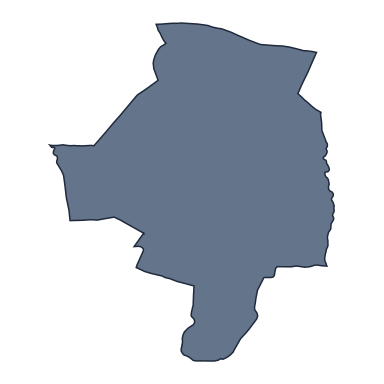 outline of Babati UrbanBabati Urban, Manyara, United Republic of Tanzania
{"feature_id": "72390352B90089128995390", "entity_name": "Babati UrbanBabati Urban", "entity_type": "district", "adm_level": 2, "iso_a3": "TZA", "parent_name": "United Republic of Tanzania", "parent_adm1": "Manyara", "projection": "albers", "projection_center": [35.755, -4.214], "detail": "fine", "context": "isolated", "style": "filled", "palette": "slate", "viewbox_px": 384, "rotation_deg": 0, "n_neighbors": 0, "source": "geoboundaries", "source_scale": "gbopen_adm2", "svg_char_len": 4504}
<svg xmlns="http://www.w3.org/2000/svg" viewBox="0 0 384 384"><path d="M181.2,23.0L178.0,23.3L172.0,23.3L167.7,23.6L161.5,24.1L156.1,24.3L157.3,27.2L158.2,30.3L160.0,33.0L162.1,37.5L163.7,40.5L165.4,42.6L165.9,43.2L163.4,45.2L160.7,46.7L158.5,49.3L155.3,55.2L153.7,60.1L153.2,63.2L153.8,68.6L157.2,77.9L158.1,80.3L146.2,89.0L145.6,89.5L145.5,89.4L143.7,90.7L138.3,94.3L137.6,94.8L136.1,96.4L119.5,116.2L118.2,117.6L113.6,122.8L113.0,123.5L111.0,125.9L105.7,132.2L94.0,145.7L91.1,145.4L86.1,145.7L82.2,145.9L76.1,145.7L74.0,145.5L71.8,145.7L70.2,145.7L66.0,145.3L63.4,144.8L56.9,145.5L52.1,145.5L50.9,145.3L50.6,145.3L49.8,145.1L50.2,145.6L51.6,147.3L52.7,147.6L53.7,147.4L54.3,147.4L54.7,148.1L54.6,148.9L53.9,150.3L53.4,151.6L53.3,153.1L54.1,154.6L55.3,155.2L56.7,155.9L57.3,157.2L57.5,158.8L56.9,160.3L56.7,161.4L56.7,162.8L61.6,170.9L63.5,175.3L64.0,178.4L64.0,178.5L65.0,186.0L66.4,198.0L69.0,210.4L69.7,217.4L70.0,220.4L70.0,220.6L82.0,220.3L89.4,219.8L93.0,219.8L97.2,220.1L101.6,219.3L103.2,219.0L114.1,217.1L120.4,220.1L123.2,221.7L123.3,221.8L130.3,225.7L130.5,225.8L142.6,232.6L143.7,232.8L143.8,234.0L143.6,233.9L143.3,233.7L134.1,246.6L138.5,246.3L141.0,246.8L143.3,248.6L143.4,249.6L143.3,250.9L142.3,253.1L139.9,258.5L137.0,265.0L136.2,267.6L140.5,269.5L144.7,271.5L151.0,273.4L162.1,276.0L165.2,277.6L169.4,278.5L177.3,281.5L193.5,285.8L194.0,285.9L194.0,286.0L193.7,292.6L193.6,293.1L193.2,304.0L193.2,304.8L193.2,305.1L192.6,307.3L191.5,312.1L191.4,312.9L191.1,315.5L191.8,316.9L192.0,317.1L193.3,318.3L193.8,318.8L194.6,321.0L194.6,322.3L193.6,324.5L191.5,325.9L188.3,328.0L186.4,329.9L186.0,330.3L184.4,331.9L183.6,333.7L183.6,333.8L182.9,335.4L182.8,336.1L182.3,338.3L182.5,341.6L182.3,344.1L182.2,344.0L181.1,349.5L181.4,351.5L181.5,351.5L182.7,353.8L184.2,355.1L187.2,356.1L188.5,356.9L190.6,358.2L193.2,360.4L195.8,360.9L202.4,360.9L209.8,361.0L214.4,361.0L218.2,360.2L218.6,360.0L218.7,359.9L219.6,359.4L220.3,358.6L221.3,359.0L223.1,359.2L225.4,358.1L225.8,357.9L227.8,356.8L230.7,354.6L233.1,352.1L234.5,349.4L234.9,348.7L235.0,348.5L240.6,338.7L246.8,331.9L248.5,329.8L248.8,329.5L249.1,329.1L250.4,327.4L256.6,319.1L257.2,317.5L257.7,316.0L257.5,314.9L257.2,313.9L256.8,312.7L256.1,311.7L255.4,310.8L254.6,309.4L254.6,306.6L255.3,302.8L256.0,297.8L257.5,290.2L259.5,286.3L263.0,279.4L263.6,277.9L264.7,277.5L271.1,277.5L273.1,277.0L273.9,276.2L274.0,275.8L274.1,275.7L274.2,275.4L274.6,274.4L274.4,274.4L274.4,274.2L275.6,268.9L276.0,267.6L276.7,267.2L277.6,266.7L291.9,266.8L293.5,266.4L294.2,266.3L295.5,266.1L297.8,266.1L299.8,266.5L304.8,267.2L305.9,267.1L306.0,267.1L308.0,266.9L310.3,266.6L312.6,265.9L314.6,265.2L316.8,265.0L322.1,265.8L326.9,266.1L326.6,265.6L326.2,263.9L325.2,261.7L324.7,259.7L324.8,257.4L325.2,254.9L326.2,250.7L326.5,249.1L327.6,246.8L328.0,245.3L327.9,243.9L327.9,240.6L327.4,238.2L327.6,235.9L328.1,234.0L328.5,232.3L329.3,231.2L330.7,229.2L331.1,223.9L331.6,223.0L332.4,221.6L333.3,220.2L333.7,218.8L333.6,217.9L333.2,216.7L332.7,215.7L332.7,214.4L333.0,213.7L333.1,213.4L333.2,213.0L333.8,212.4L334.1,211.5L334.1,210.5L334.1,209.5L333.9,208.7L333.9,207.3L333.9,207.2L334.0,207.0L334.2,205.8L333.7,204.4L333.3,203.0L332.8,201.8L332.1,200.7L331.5,199.8L331.5,199.2L331.8,197.8L332.7,196.8L333.3,195.4L333.3,194.0L332.3,192.2L329.9,190.9L328.8,189.6L328.5,188.0L328.5,186.6L328.8,185.4L329.2,184.2L328.7,181.6L328.2,179.4L327.4,178.0L326.7,177.5L325.9,176.7L325.2,175.5L325.0,174.4L324.9,173.5L324.9,172.4L326.2,171.9L327.8,171.8L328.3,171.1L329.2,170.2L329.3,168.7L328.9,167.6L328.1,165.8L327.3,164.3L326.6,163.5L326.5,162.3L326.4,161.2L325.8,160.2L324.5,159.6L323.4,158.8L323.3,157.9L323.6,157.1L325.2,156.0L326.2,154.4L327.0,152.6L327.1,151.1L326.8,150.3L326.3,149.5L326.2,148.2L327.3,146.6L327.4,145.1L327.4,144.6L327.0,143.0L326.4,142.5L325.4,139.7L323.5,134.7L321.9,130.6L321.9,130.1L321.9,129.7L321.7,125.7L321.7,124.7L321.7,124.3L321.5,121.8L321.0,118.0L320.5,113.9L321.0,112.4L315.4,109.2L315.2,109.0L311.5,106.0L308.0,102.8L307.9,102.7L304.5,99.9L301.8,97.2L299.6,95.2L297.9,93.6L298.0,93.5L300.5,87.6L301.6,85.0L308.0,71.9L309.3,68.8L316.5,52.4L316.2,52.4L312.8,51.6L305.8,50.7L303.7,50.8L302.0,50.2L300.8,49.9L294.9,48.4L289.1,47.0L287.1,46.7L282.3,46.0L275.6,45.7L264.1,44.8L260.6,44.5L259.7,44.2L257.4,43.4L248.1,39.8L236.9,34.9L230.8,32.1L226.3,30.5L226.1,30.4L221.6,28.8L217.5,28.2L212.5,27.1L210.1,26.3L208.7,25.7L206.1,25.2L198.0,24.1L195.2,23.9L184.3,23.2L181.2,23.0Z" fill="#64748b" stroke="#1e293b" stroke-width="1.5"/></svg>